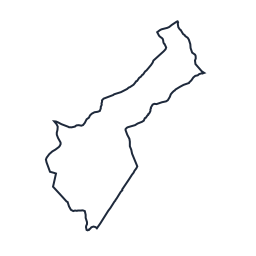 Teculután, Zacapa, Guatemala (Natural Earth projection), rotated 251°
{"feature_id": "79465075B78410714598363", "entity_name": "Teculután", "entity_type": "district", "adm_level": 2, "iso_a3": "GTM", "parent_name": "Guatemala", "parent_adm1": "Zacapa", "projection": "natural_earth1", "projection_center": [-89.766, 15.065], "detail": "fine", "context": "isolated", "style": "outline", "palette": "slate", "viewbox_px": 256, "rotation_deg": 251, "n_neighbors": 0, "source": "geoboundaries", "source_scale": "gbopen_adm2", "svg_char_len": 2608}
<svg xmlns="http://www.w3.org/2000/svg" viewBox="0 0 256 256"><g transform="rotate(251 128 128)"><path d="M209.1,186.8L207.1,187.1L205.7,187.3L205.2,187.4L204.4,187.7L203.8,188.1L203.3,188.4L201.9,189.4L201.0,189.8L200.3,189.8L199.7,189.8L199.1,189.7L198.6,189.6L198.2,189.5L197.6,189.4L196.7,189.4L196.0,189.5L195.6,189.9L191.7,190.3L190.2,189.1L188.9,186.7L183.5,174.0L181.9,172.7L180.2,170.5L176.4,164.2L175.9,162.6L173.7,159.7L173.6,158.8L172.3,156.8L171.8,154.9L169.6,152.0L169.4,150.5L168.9,150.2L167.1,147.3L166.0,143.0L166.0,141.8L165.2,139.9L164.2,133.0L164.4,125.9L164.0,124.7L163.7,114.5L162.6,112.4L161.2,112.0L159.9,111.0L158.5,110.7L156.8,109.1L155.5,108.7L153.3,106.9L153.2,104.7L153.8,101.4L153.3,98.4L152.3,96.2L150.5,94.4L149.7,91.7L146.9,88.8L145.4,86.4L145.4,84.6L146.7,82.4L147.2,80.4L147.0,79.1L146.6,78.3L147.0,74.9L147.9,72.5L148.6,71.9L153.3,66.3L156.2,63.6L157.6,62.0L158.3,60.4L154.9,61.7L152.2,62.0L149.2,60.7L146.7,59.1L144.8,58.5L141.4,58.6L136.3,59.5L134.8,59.1L133.4,57.8L132.5,56.4L131.2,52.3L130.5,48.8L128.9,45.0L126.5,41.5L124.9,40.1L123.8,40.0L122.0,39.8L117.4,39.9L112.0,40.0L109.7,43.4L108.4,45.1L99.3,39.5L96.9,38.0L86.9,42.4L78.5,46.0L77.7,46.8L73.1,46.7L69.2,47.4L67.3,49.2L67.2,51.0L66.3,52.8L66.3,53.7L65.2,56.8L65.1,57.7L64.8,58.5L63.5,60.1L59.7,59.7L56.8,58.7L52.3,58.6L50.4,57.9L49.2,56.7L48.0,56.0L45.1,55.7L44.4,56.5L44.4,58.1L44.9,58.4L45.0,59.3L46.0,60.9L46.1,61.8L46.0,63.4L45.1,64.7L44.7,65.2L43.3,65.9L46.7,70.6L56.1,82.3L58.1,85.3L62.9,91.3L63.4,92.3L64.3,93.1L64.8,94.0L70.1,100.5L70.9,102.3L71.8,102.5L79.4,112.6L82.5,116.5L83.9,118.7L85.5,120.3L87.1,122.7L88.7,124.3L102.4,123.5L106.4,124.0L110.1,123.8L114.5,125.3L117.3,125.8L121.9,125.1L126.7,125.0L127.7,125.3L128.6,126.9L128.8,128.2L128.4,135.6L129.1,138.5L129.3,143.2L129.8,145.3L131.8,147.1L131.9,148.2L133.6,150.5L133.8,151.3L134.5,151.6L134.7,152.5L135.5,153.5L136.9,154.8L138.4,155.3L139.1,156.1L139.9,156.3L142.1,158.9L142.3,160.7L141.3,162.8L141.3,168.5L140.8,172.7L141.3,174.7L143.8,177.7L145.9,179.4L146.9,181.0L148.0,183.2L148.3,184.5L148.9,185.4L150.0,190.4L150.7,194.6L150.7,200.3L151.1,200.6L152.4,203.4L154.5,206.2L155.4,208.6L155.1,211.1L155.8,212.9L155.7,215.6L155.3,216.0L155.3,218.0L157.6,216.2L166.5,212.6L170.0,213.3L171.7,214.7L174.1,215.4L175.5,215.3L178.4,213.2L183.2,213.2L187.0,214.2L191.8,214.3L193.9,213.8L196.2,212.1L197.4,211.8L198.9,210.7L203.6,209.7L204.2,209.1L205.0,208.9L206.9,208.4L210.4,209.0L211.6,209.8L212.7,209.6L212.7,208.7L211.2,202.9L210.1,199.9L209.9,197.8L210.4,191.7L210.1,189.9L209.1,186.8Z" fill="none" stroke="#1e293b" stroke-width="2"/></g></svg>